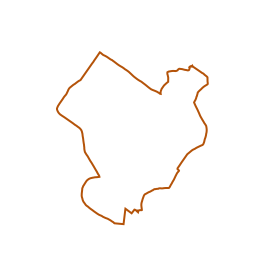 outline of S'ang, Kândal, Cambodia, rotated 215°
{"feature_id": "14789045B53905428212695", "entity_name": "S'ang", "entity_type": "district", "adm_level": 2, "iso_a3": "KHM", "parent_name": "Cambodia", "parent_adm1": "Kândal", "projection": "albers", "projection_center": [105.024, 11.319], "detail": "fine", "context": "isolated", "style": "outline", "palette": "amber", "viewbox_px": 256, "rotation_deg": 215, "n_neighbors": 0, "source": "geoboundaries", "source_scale": "gbopen_adm2", "svg_char_len": 4764}
<svg xmlns="http://www.w3.org/2000/svg" viewBox="0 0 256 256"><g transform="rotate(215 128 128)"><path d="M61.7,122.2L62.2,122.5L63.0,122.6L63.8,122.7L64.1,123.0L64.3,123.6L64.3,124.6L64.3,126.7L64.4,130.4L64.4,134.5L64.4,135.7L64.4,138.2L64.4,140.5L63.7,143.0L63.0,145.6L62.6,146.9L62.1,147.9L61.3,149.3L60.6,151.0L58.6,154.6L57.9,155.8L57.3,156.7L57.1,157.3L57.1,158.2L57.3,159.0L57.5,159.8L57.7,160.5L58.0,161.2L58.3,161.9L58.7,162.9L59.1,164.5L59.6,165.9L60.0,166.9L60.3,167.5L60.5,167.8L60.7,168.3L61.0,169.1L61.8,170.6L62.6,171.8L63.6,173.0L64.3,173.7L65.1,174.5L66.1,175.0L67.4,175.5L68.3,175.8L69.7,176.5L71.8,177.4L73.5,178.2L75.4,179.1L76.9,180.0L78.3,180.9L80.0,181.9L81.5,182.8L82.8,183.5L84.1,184.2L85.2,184.8L86.4,185.5L87.7,186.3L88.5,186.8L88.7,187.7L88.9,189.8L89.3,191.6L89.7,192.5L89.9,193.3L89.9,193.7L90.2,194.4L90.7,195.9L91.2,197.1L91.1,198.2L90.8,199.9L90.4,201.6L90.1,203.4L89.7,205.0L89.2,206.4L88.5,208.0L88.1,208.9L87.9,209.5L88.3,210.4L89.5,211.7L90.6,213.2L91.6,214.6L92.0,215.1L92.3,215.2L93.2,215.4L93.7,215.4L94.7,215.5L95.2,215.5L95.5,215.5L96.4,215.6L97.2,215.8L97.6,215.8L98.7,215.6L100.1,215.6L102.1,215.6L110.2,215.5L110.8,215.8L110.7,215.0L111.1,214.8L111.4,215.1L111.8,215.1L112.0,214.7L112.1,213.9L112.6,213.6L112.6,212.8L111.8,212.3L111.5,211.5L111.3,210.6L111.5,210.0L112.2,209.4L113.5,208.9L114.9,208.2L116.0,207.8L117.4,207.3L118.3,206.8L119.1,206.4L120.0,205.9L120.4,205.0L120.5,204.4L120.5,203.6L121.0,202.7L121.6,202.0L122.9,201.2L124.1,200.4L125.2,199.4L126.4,198.2L127.1,197.5L127.7,196.3L127.4,195.7L126.6,194.7L125.8,194.1L123.9,192.3L122.7,190.5L121.9,189.3L121.6,188.9L122.2,186.8L122.5,185.4L122.9,183.5L122.9,181.2L122.9,179.4L122.3,177.0L121.6,175.6L120.8,174.7L121.5,174.4L122.8,174.5L123.7,174.4L125.2,174.3L126.7,174.0L128.0,173.7L129.6,173.3L131.1,173.0L133.0,173.0L134.9,173.1L137.5,173.3L139.1,173.4L141.9,173.5L143.6,173.6L145.3,173.4L147.3,173.3L149.1,173.3L151.3,173.4L152.9,173.5L154.4,173.7L156.3,174.0L157.8,174.2L159.1,174.4L160.6,174.5L161.6,174.5L162.6,174.5L164.2,174.4L165.5,174.5L167.4,174.5L169.6,174.3L171.3,174.2L173.4,174.2L175.4,174.3L177.7,174.4L179.2,174.4L179.9,174.5L180.9,174.3L181.9,174.2L183.4,174.2L184.8,174.2L185.8,174.2L187.0,174.1L188.0,174.0L189.1,173.8L190.2,173.6L191.5,173.7L192.6,173.8L193.5,173.9L194.5,173.8L194.4,168.3L194.4,166.9L194.4,165.6L194.4,163.9L194.3,162.1L194.4,160.3L194.4,140.0L195.1,138.7L195.5,137.8L196.1,136.0L196.8,133.7L197.5,132.1L198.0,130.4L198.5,128.6L198.8,127.6L198.9,126.5L198.8,125.2L198.5,123.9L198.3,122.7L198.0,121.0L197.9,119.8L198.1,118.1L198.2,116.5L198.1,114.0L198.1,111.4L198.1,108.7L198.0,106.9L198.0,106.1L197.8,105.0L197.4,103.3L196.8,102.5L195.7,101.7L194.4,101.0L193.4,100.6L192.5,100.4L191.5,100.2L190.3,100.2L189.0,100.2L186.2,100.3L183.8,100.3L181.7,100.3L180.0,100.3L177.5,100.3L175.8,100.3L173.8,100.2L172.6,100.2L171.5,100.3L170.3,100.2L169.8,100.2L169.1,100.2L168.3,100.2L166.7,100.0L164.9,99.4L163.7,98.6L162.0,97.1L160.5,95.4L158.6,93.5L157.2,91.9L155.7,90.3L154.3,88.9L153.5,87.9L152.9,87.3L151.7,85.7L150.5,84.5L149.5,83.6L146.8,82.4L144.8,81.7L142.1,80.4L140.2,79.5L137.9,78.6L135.9,77.7L134.1,76.9L132.6,76.2L131.1,75.5L130.0,75.0L128.2,74.2L126.5,73.3L124.8,72.6L123.8,72.0L123.4,71.6L123.8,71.2L124.3,70.8L125.0,70.1L125.9,69.4L127.1,68.4L127.7,67.7L128.2,67.3L128.5,66.9L129.1,66.3L130.1,65.1L130.8,63.9L131.3,62.5L131.6,61.2L131.6,59.6L131.5,57.5L131.4,55.9L131.4,54.8L131.1,53.7L131.0,53.0L130.7,52.1L130.2,51.3L129.5,50.0L128.9,48.9L128.3,47.8L127.2,46.1L126.3,45.1L125.0,44.1L123.9,43.1L122.3,42.1L121.1,41.7L119.7,41.2L118.3,40.7L117.5,40.6L116.8,40.6L115.6,40.6L114.0,40.4L112.3,40.3L109.9,40.3L107.9,40.2L105.8,40.2L104.0,40.2L102.0,40.3L100.9,40.5L99.6,40.8L98.8,40.9L98.2,40.9L97.6,40.9L96.5,41.1L94.8,41.4L92.6,42.0L89.5,42.3L87.2,42.3L86.1,42.4L85.6,42.4L85.0,42.2L84.4,42.2L76.5,46.7L83.4,59.6L83.8,60.4L76.1,60.2L75.9,64.8L75.6,64.9L75.1,65.1L74.8,65.0L74.4,65.2L74.0,65.2L73.5,65.0L73.0,64.9L72.8,65.2L72.6,65.9L72.3,65.8L72.2,65.5L72.3,65.1L72.0,64.9L71.5,64.8L71.8,65.6L71.9,66.4L71.6,67.1L71.0,67.6L70.2,68.2L69.7,68.5L69.6,68.8L70.4,69.7L71.6,71.0L72.8,72.4L73.5,73.5L74.1,74.8L74.5,76.1L74.8,76.9L75.3,78.4L75.7,79.9L76.0,81.0L76.2,81.9L76.2,82.9L76.0,83.7L75.3,84.9L74.9,85.9L74.5,86.7L74.1,87.5L73.7,88.0L73.3,88.7L72.9,89.5L72.6,90.3L72.0,91.2L71.8,91.9L71.4,92.8L70.9,93.4L70.4,93.7L70.1,94.1L69.3,94.8L69.0,95.1L68.5,95.4L68.0,96.3L67.2,97.0L66.0,97.7L64.9,98.5L64.1,99.3L62.9,100.3L61.8,101.1L60.9,101.7L60.3,102.2L60.0,102.6L60.0,103.0L60.0,104.0L60.2,105.2L60.3,106.3L60.4,107.9L60.6,109.3L60.7,110.7L60.8,112.0L61.0,113.2L61.2,114.4L61.4,115.5L61.6,116.8L61.7,117.7L61.9,118.9L61.9,119.6L61.8,120.8L61.7,121.7L61.7,122.2Z" fill="none" stroke="#b45309" stroke-width="2"/></g></svg>